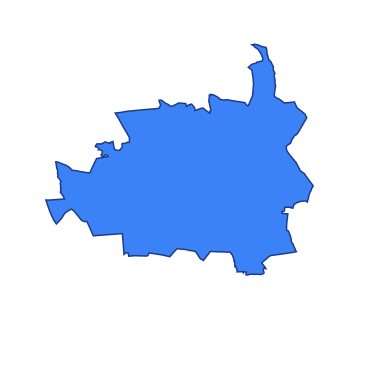 the district of Ayapango, México, Mexico, rotated 63°
{"feature_id": "50627088B15580973923265", "entity_name": "Ayapango", "entity_type": "district", "adm_level": 2, "iso_a3": "MEX", "parent_name": "Mexico", "parent_adm1": "México", "projection": "albers", "projection_center": [-98.817, 19.12], "detail": "fine", "context": "isolated", "style": "filled", "palette": "blue", "viewbox_px": 384, "rotation_deg": 63, "n_neighbors": 0, "source": "geoboundaries", "source_scale": "gbopen_adm2", "svg_char_len": 5952}
<svg xmlns="http://www.w3.org/2000/svg" viewBox="0 0 384 384"><g transform="rotate(63 192 192)"><path d="M178.0,56.1L173.7,56.0L166.5,59.3L164.9,60.0L164.4,60.2L158.6,59.9L158.3,59.8L156.8,63.7L155.7,66.7L154.5,69.4L148.2,72.4L147.7,73.3L144.6,74.9L142.7,74.6L140.5,73.0L136.1,69.9L135.6,69.4L132.2,68.5L129.9,67.1L125.5,66.1L124.1,64.3L119.9,64.1L117.5,62.7L111.8,62.6L108.7,63.5L101.5,61.9L99.3,60.8L96.8,60.4L94.8,62.9L93.9,64.0L91.9,65.4L90.2,67.3L88.5,69.4L88.7,70.0L88.8,70.0L88.1,71.7L90.0,70.5L91.7,70.2L94.2,68.6L97.7,68.0L101.2,67.8L105.2,68.3L106.9,69.5L107.2,69.7L105.8,75.3L105.8,75.6L106.3,75.9L105.6,79.7L105.6,79.9L105.4,80.8L106.5,85.2L109.0,84.1L109.6,83.6L110.9,83.4L118.1,85.8L120.7,86.9L124.0,88.3L133.9,94.5L140.7,102.7L140.3,103.5L138.7,103.8L137.3,104.4L136.3,104.4L132.3,110.0L128.4,115.4L127.2,116.7L125.9,118.6L123.9,122.9L122.9,124.0L122.0,124.7L121.5,125.5L120.8,125.3L119.4,125.9L118.8,126.2L118.2,126.7L116.2,128.1L115.7,128.4L115.0,129.1L113.6,130.9L114.0,131.0L113.9,131.1L113.4,132.5L114.7,133.3L115.7,133.5L117.0,134.8L119.3,136.0L121.0,136.3L124.7,137.3L127.0,137.7L127.7,138.0L127.9,138.3L128.1,138.8L128.1,139.4L129.2,139.7L129.9,140.4L123.9,143.4L122.5,143.8L121.7,145.3L121.0,150.7L120.8,152.4L120.0,152.1L118.3,151.4L113.6,152.4L113.2,153.0L113.3,153.7L112.9,155.0L113.2,158.0L110.4,157.4L106.9,162.9L106.6,163.9L106.7,166.6L106.7,166.9L106.6,170.1L106.0,172.2L104.4,173.0L104.1,173.0L103.9,173.1L103.7,173.1L103.3,173.4L102.7,173.9L101.0,175.2L100.6,175.5L97.0,177.2L96.7,177.3L96.3,177.6L96.1,177.9L95.8,178.5L95.3,179.7L96.2,180.0L100.5,180.6L102.4,183.6L100.5,188.5L98.5,193.3L94.8,202.6L90.8,212.8L88.7,219.4L86.8,224.6L93.8,224.0L95.3,224.0L103.1,223.7L114.9,223.0L119.3,225.3L118.3,227.0L118.3,227.8L118.6,228.4L117.9,230.6L117.1,231.7L117.2,232.3L117.8,232.8L118.9,232.9L119.8,233.6L120.4,233.9L120.7,234.6L121.2,235.8L121.7,236.4L121.8,237.7L120.7,240.2L119.6,240.9L118.7,241.7L114.8,240.7L113.1,240.0L111.1,239.5L110.7,242.4L111.7,242.8L107.9,246.7L108.1,250.7L106.0,254.8L107.1,257.2L108.0,257.4L109.1,256.0L109.7,255.5L110.5,255.5L111.2,255.7L111.9,256.2L112.2,255.2L113.9,253.7L114.9,253.3L116.6,254.4L117.8,256.3L118.4,256.2L118.9,256.1L119.3,255.7L119.7,255.2L119.9,254.6L120.1,254.0L119.9,253.5L119.6,252.7L119.6,251.9L119.8,251.4L120.8,250.8L122.3,250.6L118.9,261.9L125.9,271.1L127.6,273.0L128.5,274.4L126.5,277.6L123.3,282.0L120.1,285.9L118.3,288.8L114.3,290.1L113.2,290.8L111.0,292.1L107.4,295.4L106.1,296.5L103.9,298.5L103.3,299.7L109.2,301.6L110.6,301.9L111.7,301.8L113.6,303.0L114.7,303.5L115.3,303.5L115.8,303.4L116.3,303.7L117.0,304.6L117.7,304.7L118.5,304.8L119.3,304.4L120.1,304.2L121.3,304.1L122.4,303.7L123.3,304.0L123.5,304.8L124.3,305.3L125.2,305.7L126.1,306.1L127.3,306.4L128.2,307.0L129.1,307.3L130.1,307.8L131.0,308.1L131.7,308.6L132.2,308.8L132.3,309.4L132.6,309.3L132.9,309.3L134.8,309.0L135.7,308.9L136.6,308.8L137.7,308.6L138.4,308.7L139.0,308.7L140.3,308.8L138.0,314.3L134.2,323.3L132.8,325.8L137.8,326.6L142.5,327.2L145.6,327.6L151.6,327.9L153.8,328.0L154.3,328.0L158.9,327.3L158.6,326.6L157.1,322.2L156.4,320.4L155.7,319.1L154.4,317.1L153.1,314.7L152.9,313.6L152.8,312.3L152.4,307.4L155.1,305.8L166.1,303.5L167.8,302.8L169.3,301.6L170.6,299.0L179.0,299.4L185.9,299.8L186.3,299.8L188.1,295.2L197.5,272.9L216.8,280.9L216.2,278.4L217.2,276.7L220.6,277.4L222.1,273.5L222.8,271.9L223.4,270.6L224.3,269.2L225.3,267.3L225.8,266.4L226.1,265.9L226.9,264.3L228.5,261.5L228.5,260.8L228.5,260.1L226.8,258.0L231.9,250.8L234.6,247.1L239.6,241.1L239.0,239.6L237.3,235.5L237.0,234.6L235.7,231.0L238.7,226.5L239.2,225.6L240.0,224.3L241.9,221.9L243.5,220.1L243.8,219.4L245.0,217.8L246.1,216.6L247.2,215.8L250.6,215.4L255.4,214.9L257.0,213.5L258.2,213.0L253.3,202.6L254.7,200.3L257.1,196.0L259.0,192.4L260.7,189.4L261.8,187.6L262.8,185.3L264.8,185.1L264.8,184.9L266.5,184.7L268.9,184.9L270.1,185.2L271.6,185.4L273.0,185.5L272.9,185.9L273.5,185.8L274.0,186.0L274.8,186.3L275.3,186.5L276.8,187.1L278.0,187.8L278.4,186.9L279.7,187.0L281.0,187.2L282.3,187.4L282.8,187.7L283.6,188.1L285.3,184.6L286.1,182.8L287.3,183.0L286.7,182.2L287.3,181.1L287.9,180.0L290.3,181.5L290.4,181.2L290.9,180.8L291.2,180.0L291.5,177.9L295.6,170.0L296.9,167.9L296.8,167.5L296.9,167.2L296.9,166.8L297.0,166.4L297.0,166.0L297.1,165.6L297.2,165.2L296.7,164.7L296.3,164.3L295.8,164.3L295.5,164.3L295.2,164.2L294.9,164.1L294.7,164.1L294.3,164.1L293.9,163.9L293.5,163.6L293.1,163.3L292.7,162.8L292.6,162.5L292.8,162.2L293.4,161.7L293.9,161.0L292.7,161.0L292.1,161.1L291.6,161.1L290.9,161.3L290.0,161.5L288.9,161.7L288.2,161.8L286.7,162.0L285.2,155.3L284.8,154.0L284.4,151.9L284.3,151.0L286.3,145.2L288.9,137.7L290.5,132.8L291.6,129.7L292.5,126.0L290.9,126.3L289.1,125.9L286.9,126.0L284.2,125.6L282.1,126.1L280.0,125.4L278.1,124.8L275.0,124.2L270.5,123.8L269.9,124.2L269.5,124.9L269.3,125.1L269.1,125.0L268.2,124.7L266.3,123.7L265.3,123.2L263.9,122.4L263.3,122.0L261.6,121.0L261.3,120.8L259.9,119.8L258.6,118.9L257.1,118.0L256.3,117.5L255.7,117.0L255.5,116.8L255.3,116.5L255.0,116.7L254.8,116.8L253.7,118.6L251.8,121.5L250.1,120.5L250.5,120.0L250.8,118.7L250.8,118.2L250.2,117.9L249.4,117.4L248.7,117.0L247.8,116.6L248.0,116.2L247.9,116.2L247.9,115.8L248.8,114.1L249.9,111.7L250.6,111.5L250.9,111.2L250.9,110.8L251.0,110.8L252.2,109.4L251.5,108.8L250.5,107.8L249.6,107.0L249.3,105.3L249.2,103.6L249.2,102.5L249.4,101.4L249.5,100.2L249.7,99.7L249.9,99.0L250.4,97.6L250.8,96.3L251.1,95.7L251.5,95.1L251.8,94.6L252.3,94.3L253.1,94.0L253.3,93.8L251.2,92.0L250.5,91.0L248.6,89.9L245.8,86.8L244.8,85.4L243.4,83.9L242.8,83.4L242.6,82.8L242.3,82.2L241.5,81.2L241.2,81.3L234.6,82.4L229.3,83.3L227.0,83.4L222.3,85.8L212.5,85.9L211.5,86.3L209.6,86.6L208.6,87.0L207.7,87.2L206.6,87.3L205.3,87.6L204.3,87.9L202.6,88.2L201.2,88.4L198.5,88.8L196.9,88.4L195.3,87.9L194.0,87.0L193.8,85.6L193.4,84.1L193.4,82.2L190.8,79.3L189.9,77.6L188.3,75.0L188.3,72.7L187.1,70.3L178.0,56.1Z" fill="#3b82f6" stroke="#1e3a8a" stroke-width="1.5"/></g></svg>